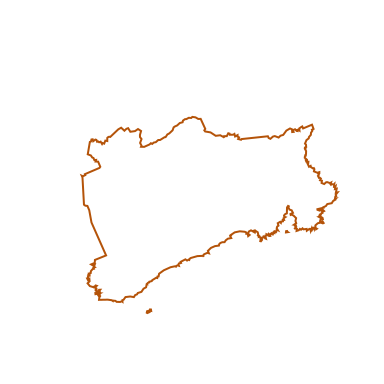 Eurobodalla, New South Wales, Australia, rotated 57°
{"feature_id": "25037944B87455208948659", "entity_name": "Eurobodalla", "entity_type": "district", "adm_level": 2, "iso_a3": "AUS", "parent_name": "Australia", "parent_adm1": "New South Wales", "projection": "albers", "projection_center": [150.084, -35.933], "detail": "fine", "context": "isolated", "style": "outline", "palette": "amber", "viewbox_px": 384, "rotation_deg": 57, "n_neighbors": 0, "source": "geoboundaries", "source_scale": "gbopen_adm2", "svg_char_len": 6032}
<svg xmlns="http://www.w3.org/2000/svg" viewBox="0 0 384 384"><g transform="rotate(57 192 192)"><path d="M231.8,328.7L236.4,321.3L239.0,318.3L240.4,317.7L240.1,317.3L241.6,315.5L243.1,315.0L245.1,312.1L245.4,310.4L246.2,310.1L244.8,309.3L245.1,308.1L243.9,305.0L246.0,300.7L248.5,298.0L247.5,295.8L247.9,293.9L247.2,292.5L248.2,288.8L246.7,285.3L246.9,282.4L244.7,280.3L245.0,279.9L244.5,279.8L244.2,278.4L244.5,277.2L244.0,276.7L244.8,274.3L244.3,273.4L244.4,268.8L245.2,268.0L244.1,267.0L244.6,266.0L242.6,264.1L242.3,258.3L243.4,251.0L244.9,247.0L245.9,246.1L245.4,245.4L245.7,244.0L246.7,243.2L245.4,242.9L244.8,241.9L245.3,240.7L244.7,240.1L245.2,239.7L244.4,239.4L244.9,234.2L246.8,233.5L246.9,231.7L247.5,231.3L246.7,230.3L246.7,228.9L248.7,222.4L251.5,217.6L252.6,217.4L251.2,217.0L250.8,215.8L251.4,212.2L252.6,211.2L250.0,210.7L249.2,206.5L249.9,202.2L251.6,198.6L250.6,197.7L250.2,196.0L250.6,194.0L251.8,192.0L250.9,190.0L250.7,187.3L252.0,184.2L249.5,183.9L249.4,183.1L250.6,183.0L249.2,183.0L249.1,178.2L251.0,173.3L254.1,169.4L255.5,168.5L256.6,169.2L257.2,168.0L259.6,168.9L259.4,167.1L257.4,167.8L256.1,165.7L256.3,163.4L259.2,161.9L258.0,161.7L258.4,160.2L259.8,160.4L259.6,159.7L261.6,158.8L264.0,159.7L264.4,161.1L264.7,159.8L265.6,159.6L266.1,160.2L266.3,159.5L268.7,159.9L270.4,161.5L270.9,161.0L270.3,159.3L268.2,158.6L268.9,157.4L268.2,156.3L269.7,155.6L268.5,154.2L269.1,153.0L268.1,152.5L269.2,151.8L268.9,150.8L270.9,151.3L271.4,150.4L269.6,150.1L270.4,148.9L269.9,148.6L269.9,147.3L271.5,147.2L270.8,146.0L271.3,145.4L270.3,145.1L271.1,144.0L270.2,143.8L271.1,142.9L269.7,141.5L270.8,140.8L268.5,140.7L267.4,139.4L267.3,137.8L264.9,137.1L265.0,134.6L266.3,134.3L265.4,133.4L266.1,131.7L264.9,131.1L265.6,130.0L263.9,129.6L263.9,127.4L263.0,128.1L261.8,127.6L261.3,125.8L261.6,124.1L256.7,120.7L256.0,119.0L256.7,118.6L257.3,119.5L259.9,119.8L261.6,118.4L264.5,118.7L264.1,121.4L265.0,121.7L265.2,120.8L267.0,119.7L270.6,118.9L272.6,121.0L274.9,121.6L275.0,124.2L276.0,123.0L276.8,123.2L276.8,124.0L278.0,123.7L278.7,126.4L278.7,125.2L280.0,124.1L281.6,125.5L282.2,123.3L281.7,121.6L283.0,121.1L282.7,119.1L284.0,118.9L285.4,116.0L287.0,116.8L286.9,113.6L287.4,112.9L289.3,113.6L287.6,111.3L289.0,111.7L288.0,109.8L288.4,109.2L289.5,109.5L288.8,108.7L289.6,108.1L287.2,106.7L286.7,103.5L287.8,100.7L289.6,99.3L289.7,98.5L288.3,98.5L286.1,100.4L284.0,97.8L287.0,97.4L284.8,96.6L283.1,97.4L283.7,98.2L281.9,99.2L282.2,98.1L281.0,97.9L280.6,96.8L281.2,96.4L280.4,95.3L280.6,94.0L279.7,93.8L279.9,91.6L278.2,92.0L279.0,92.9L277.4,93.4L277.2,95.0L275.3,96.5L274.7,96.2L276.8,90.2L276.3,90.1L276.7,87.4L275.8,85.1L277.5,80.9L276.4,78.6L276.5,76.1L276.0,76.2L275.8,74.9L275.4,75.7L273.9,74.3L274.0,73.3L272.6,73.0L271.6,70.1L270.9,71.7L268.0,68.8L267.4,70.5L265.4,68.5L265.6,69.7L265.1,70.2L262.7,68.2L262.9,69.2L261.3,70.6L261.6,71.5L260.8,71.6L259.8,70.3L259.7,71.4L257.3,73.3L256.9,74.2L257.3,76.8L255.0,78.4L253.3,76.9L251.9,78.2L250.9,76.6L249.4,77.1L249.3,77.8L247.1,77.6L246.7,76.3L245.2,76.2L245.6,75.0L244.7,74.4L244.1,76.4L241.1,78.5L239.5,76.9L238.3,76.8L238.1,77.7L235.9,78.7L234.7,78.3L234.6,80.1L230.4,79.5L230.0,78.7L230.6,78.4L230.0,77.9L228.8,79.6L227.5,79.3L228.0,78.3L227.6,78.0L224.7,78.8L223.5,77.8L223.5,76.8L222.7,76.7L222.4,75.8L219.8,74.0L217.1,73.8L216.6,73.4L217.1,72.9L216.2,72.3L216.4,71.7L214.3,70.6L213.0,70.9L210.8,67.7L210.6,64.9L209.6,64.0L208.8,61.2L207.1,59.9L206.2,57.7L205.1,57.5L205.3,55.7L200.9,54.7L199.2,64.2L197.1,63.8L197.0,64.7L197.1,67.4L199.0,68.4L197.5,69.0L197.1,70.3L198.2,70.5L197.8,71.0L195.5,71.4L195.1,73.8L196.9,74.1L196.3,75.3L193.9,74.0L192.1,75.2L191.9,79.4L193.8,84.4L193.0,87.1L193.5,89.7L190.2,92.1L189.6,93.9L190.1,97.3L188.5,98.3L186.6,98.0L174.6,121.6L174.9,122.4L172.7,124.4L171.8,122.8L170.4,123.6L169.1,122.8L168.9,125.6L166.4,124.8L166.4,126.2L164.6,129.1L163.5,128.7L162.5,129.6L164.1,132.4L163.2,133.8L163.3,135.2L162.6,135.1L162.6,135.9L159.8,137.4L157.8,141.5L152.1,144.0L148.4,148.0L147.0,148.1L146.3,146.5L135.4,144.9L134.1,147.0L131.3,148.4L129.2,150.8L129.5,152.3L128.0,154.3L127.8,157.0L127.1,158.2L127.2,160.7L128.4,161.9L127.5,164.7L128.1,168.2L127.7,170.9L127.8,172.2L129.7,174.7L130.5,179.2L130.3,181.3L131.6,184.3L131.1,185.1L131.0,190.4L130.0,192.0L130.5,195.2L129.7,197.2L130.0,199.2L128.7,199.9L129.0,201.8L128.1,207.5L126.3,210.1L125.6,209.1L122.6,208.8L120.1,205.5L117.6,205.7L115.8,204.6L113.1,201.5L109.8,203.0L109.9,206.6L107.9,210.9L103.7,210.8L103.3,212.6L103.8,215.3L99.5,216.4L99.3,219.7L101.3,230.6L100.5,231.4L100.3,232.8L100.5,233.6L103.1,235.3L101.7,236.7L103.6,239.3L102.3,240.2L102.8,241.3L100.0,241.2L99.7,242.8L98.3,243.3L98.2,244.2L96.2,243.8L95.4,244.5L95.6,247.2L93.7,246.6L93.2,247.7L94.6,249.2L94.4,250.4L103.6,258.9L106.3,256.9L108.7,256.9L109.8,256.1L112.0,256.5L112.8,255.0L113.9,256.3L115.4,254.2L120.9,255.2L121.4,256.5L118.7,272.1L119.7,272.3L119.4,274.9L118.3,275.6L120.1,275.9L143.8,289.5L145.4,288.9L146.7,287.3L151.3,288.1L162.8,292.9L198.4,298.6L196.1,310.4L198.5,312.2L197.8,316.0L200.1,314.9L200.2,313.5L201.3,314.9L202.2,314.5L202.0,316.1L202.9,316.2L202.5,317.2L203.3,319.9L204.8,321.1L204.2,322.9L205.4,323.0L205.2,323.8L206.3,323.7L205.9,325.1L207.6,326.1L207.3,327.0L209.2,327.2L209.0,325.4L211.1,326.5L211.7,329.3L215.3,328.9L218.5,326.2L217.2,325.6L218.4,325.8L217.9,323.7L218.8,323.0L219.2,325.5L220.7,324.8L221.4,325.9L221.8,325.4L222.5,326.3L223.4,325.9L224.6,327.2L224.1,328.1L225.1,328.6L225.8,326.8L224.0,324.7L223.4,323.2L224.0,322.2L225.0,324.8L225.7,323.7L226.3,323.8L226.2,325.1L226.9,324.2L226.8,325.4L227.4,325.4L226.8,326.2L227.1,326.9L229.4,326.8L229.0,325.2L230.0,327.2L231.8,328.7ZM269.5,291.0L268.2,290.4L267.6,291.2L268.3,292.1L267.5,294.6L268.6,295.7L269.2,295.4L269.6,292.8L268.5,292.0L269.5,291.0ZM276.7,134.9L277.0,133.6L276.5,133.5L276.1,134.4L276.7,134.9ZM270.6,155.1L270.9,155.8L271.5,155.4L270.6,155.1ZM277.9,133.4L277.2,133.7L277.5,134.3L277.9,133.4ZM290.8,107.3L290.2,107.6L290.8,108.0L290.8,107.3Z" fill="none" stroke="#b45309" stroke-width="2"/></g></svg>